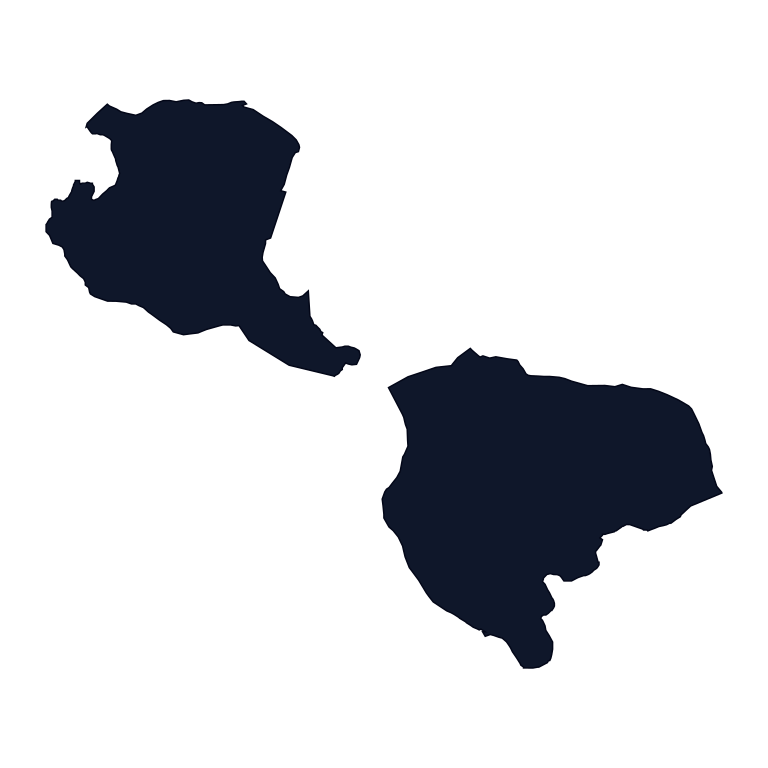 outline of Assuit, Asyut, Egypt
{"feature_id": "37247803B81923803494172", "entity_name": "Assuit", "entity_type": "district", "adm_level": 2, "iso_a3": "EGY", "parent_name": "Egypt", "parent_adm1": "Asyut", "projection": "robinson", "projection_center": [31.15, 27.164], "detail": "fine", "context": "isolated", "style": "filled", "palette": "ink", "viewbox_px": 768, "rotation_deg": 0, "n_neighbors": 0, "source": "geoboundaries", "source_scale": "gbopen_adm2", "svg_char_len": 6040}
<svg xmlns="http://www.w3.org/2000/svg" viewBox="0 0 768 768"><path d="M721.9,493.0L721.7,492.3L716.7,486.3L713.6,476.8L711.5,470.3L712.3,466.4L710.9,460.0L710.4,454.3L709.5,449.6L708.3,447.0L705.7,443.5L704.9,440.1L703.6,435.8L701.9,432.3L698.8,423.7L694.2,414.2L691.6,409.0L688.7,406.0L678.6,400.1L671.4,396.7L666.8,394.6L658.5,391.3L650.6,388.8L643.1,388.9L631.1,387.3L622.3,384.4L614.9,386.7L604.9,385.5L587.7,385.7L571.6,381.2L564.8,378.6L559.2,377.3L549.8,376.5L544.1,376.5L538.0,376.1L531.0,375.8L528.2,375.3L526.0,373.9L523.1,368.8L519.7,364.9L518.1,361.6L516.8,360.1L507.2,358.8L495.8,356.8L489.7,358.1L482.9,355.9L480.0,357.1L477.8,355.3L472.1,350.3L470.3,348.4L457.7,357.7L452.3,364.4L451.4,365.7L438.4,367.1L435.9,367.4L435.0,367.7L422.7,371.9L408.0,376.8L396.1,383.4L388.5,387.6L402.4,414.2L403.8,417.4L404.6,421.0L405.5,424.6L407.2,429.1L407.6,440.2L408.0,446.2L406.4,449.8L404.5,454.2L402.8,456.9L402.0,461.4L400.2,471.3L396.8,477.6L392.5,483.0L389.1,487.5L386.5,489.2L384.8,491.9L382.2,499.1L383.0,505.4L383.9,514.4L383.9,518.0L384.9,519.8L389.0,527.0L393.2,530.6L398.3,537.0L402.6,546.0L403.4,549.6L405.1,556.8L409.3,567.6L411.9,571.0L412.7,572.1L418.7,580.2L426.3,592.8L428.9,596.4L433.2,601.9L440.0,606.4L446.8,610.9L451.1,612.7L454.0,614.3L458.7,617.3L459.6,618.2L465.6,621.8L466.4,622.7L470.7,625.4L473.2,627.2L477.5,629.0L479.2,629.9L480.9,629.1L485.2,631.8L482.6,631.8L485.2,636.3L490.3,634.5L493.7,635.4L498.8,637.2L502.2,638.1L506.5,641.8L509.0,645.4L510.7,648.1L512.4,651.7L516.7,658.0L518.4,660.7L520.1,663.4L520.9,665.2L523.5,667.0L523.5,667.9L532.9,668.0L537.9,667.1L538.9,667.1L547.4,662.6L548.3,660.8L549.8,660.5L550.8,658.2L551.7,654.6L552.6,649.2L552.6,642.0L549.2,635.7L545.8,630.3L545.0,625.8L543.3,622.1L542.4,620.3L540.7,618.5L541.6,615.8L542.4,615.9L543.3,615.0L545.0,615.0L545.9,615.0L548.4,613.2L549.3,612.3L551.0,610.5L551.8,610.5L553.6,607.8L554.4,606.0L554.4,603.3L553.6,600.6L552.7,598.8L551.9,597.9L550.2,594.3L549.3,592.5L547.6,589.8L545.5,585.3L545.1,584.4L544.3,583.5L542.5,581.7L543.4,579.0L543.4,578.1L546.0,575.4L546.8,574.5L550.3,573.6L553.7,574.5L557.1,574.6L559.7,575.5L561.4,577.3L563.9,580.9L569.9,580.9L571.6,580.9L573.3,580.0L575.0,579.1L576.7,578.2L578.4,577.4L581.0,576.5L583.6,575.6L585.3,575.6L587.8,574.7L589.6,573.8L592.1,572.0L593.8,570.2L596.4,568.5L597.3,567.6L599.0,564.9L599.0,562.2L598.1,562.2L596.4,555.9L595.6,553.2L595.6,551.4L596.5,550.5L599.9,546.0L600.8,545.1L602.5,539.7L599.9,537.9L602.5,535.2L602.5,534.3L605.1,534.3L607.5,533.5L614.5,531.7L615.3,530.8L616.2,530.8L618.7,529.0L621.3,527.2L622.2,526.3L623.0,526.3L624.7,525.4L626.4,524.5L629.0,524.6L629.9,524.6L632.4,525.5L635.0,526.4L637.5,527.3L640.1,528.2L642.7,529.1L643.5,530.0L646.9,530.0L647.8,530.9L652.1,529.2L654.6,528.3L658.9,526.5L663.2,525.6L666.6,524.7L670.0,523.0L670.8,523.3L673.5,521.3L676.0,519.4L680.3,516.7L681.1,514.8L684.7,511.5L685.6,510.6L687.9,508.5L688.8,507.7L690.6,506.0L721.9,493.0ZM308.3,290.9L302.8,295.9L298.5,297.4L290.1,296.7L285.2,294.0L283.7,291.6L279.6,288.7L278.1,284.2L275.2,277.9L270.2,272.6L266.7,267.2L262.5,260.9L262.2,257.3L263.0,252.5L265.5,243.7L265.6,239.9L270.6,238.0L285.8,192.1L280.7,190.7L280.8,190.5L284.2,184.4L286.7,175.0L289.4,167.4L292.2,157.5L295.3,152.6L298.4,151.6L299.5,147.4L298.9,144.7L296.2,139.9L291.8,135.5L281.1,127.5L272.9,121.9L263.3,116.3L253.2,109.6L245.9,107.6L243.9,107.0L242.4,105.5L246.5,103.9L244.1,101.3L241.5,101.3L239.2,101.6L233.7,102.0L231.4,102.4L227.7,103.9L223.7,104.6L218.8,104.7L211.9,104.8L204.7,104.9L201.8,102.8L199.2,102.6L196.0,103.2L192.0,101.8L188.8,100.0L183.6,100.3L176.2,101.8L169.5,100.5L163.4,100.6L158.2,102.4L153.1,104.9L146.7,109.0L141.9,113.1L135.8,115.3L127.0,113.4L120.9,111.8L116.7,109.2L109.4,106.0L107.3,104.2L97.4,113.2L87.2,123.3L86.1,127.1L87.0,126.6L88.9,129.4L90.0,131.0L91.3,132.7L92.5,133.8L93.3,133.8L94.2,133.8L95.5,133.8L97.0,133.5L100.2,134.7L102.7,134.7L104.1,135.2L108.5,137.8L109.9,138.7L111.7,140.6L111.6,141.9L111.3,144.6L111.3,148.2L111.3,149.1L111.6,150.4L112.4,151.6L113.6,154.5L114.8,157.2L115.5,158.7L115.8,160.8L116.5,163.0L117.2,165.4L118.1,167.2L119.7,173.5L118.9,175.3L118.9,176.2L118.0,177.9L117.2,180.6L115.4,185.1L113.7,186.0L109.5,187.8L107.7,189.6L106.9,190.5L102.6,194.1L99.2,197.7L98.3,198.6L95.7,199.5L94.0,200.4L91.5,199.4L91.5,196.7L93.2,193.2L94.1,191.4L94.1,189.6L94.1,188.7L94.1,186.9L92.4,184.2L92.4,183.3L90.6,183.3L89.1,182.8L87.2,182.3L85.3,183.2L82.1,183.2L80.4,184.1L79.5,182.3L79.5,180.5L77.0,180.5L75.3,180.5L75.3,181.4L73.5,185.0L73.5,185.9L72.7,187.7L71.8,190.4L71.8,191.3L69.2,195.8L68.4,197.6L66.7,198.5L65.0,200.3L63.2,201.2L61.5,201.1L60.7,200.2L58.1,200.2L57.3,199.3L55.6,199.3L54.7,199.3L53.0,201.1L52.1,201.1L51.5,201.8L51.3,204.7L51.3,207.4L52.1,211.0L52.1,212.8L52.1,216.4L52.1,217.3L49.5,219.1L47.8,221.8L46.9,223.6L46.1,224.5L46.1,226.3L46.1,228.1L46.1,231.7L49.5,235.3L50.3,237.1L52.9,243.4L58.9,245.2L62.3,247.0L64.0,249.7L64.8,254.2L64.8,256.0L67.4,259.6L68.3,261.4L69.1,263.2L70.8,266.8L72.5,268.6L77.6,273.2L79.3,275.0L80.2,275.9L83.6,278.6L84.6,280.6L85.3,282.2L85.3,285.0L88.7,287.6L89.6,292.1L90.4,293.9L94.7,296.6L99.8,298.4L107.5,301.1L116.0,301.2L126.3,302.1L131.4,303.9L134.0,303.9L135.7,303.9L139.1,305.7L143.4,307.5L148.5,312.1L151.1,313.9L154.9,316.7L159.6,320.2L166.4,324.7L170.7,328.3L173.3,331.9L183.5,334.7L190.4,333.8L198.0,332.9L202.3,331.1L206.6,329.4L219.4,325.8L222.9,324.9L230.5,324.9L235.7,325.9L239.0,325.6L249.0,340.5L289.1,365.2L333.1,375.8L334.4,376.3L335.2,375.4L337.6,374.2L338.9,373.2L340.3,370.9L342.3,369.5L342.2,367.8L344.1,365.1L345.6,363.0L348.3,364.0L351.8,364.8L353.7,364.6L356.5,364.3L358.3,360.5L359.5,357.9L359.8,356.9L360.2,354.8L359.5,352.5L359.0,350.7L356.0,348.9L354.3,348.0L351.8,347.4L350.9,347.2L348.3,346.2L344.9,346.2L342.3,347.0L339.8,347.3L335.9,347.8L322.0,335.1L322.5,333.4L322.7,332.6L321.0,331.7L320.2,330.2L319.8,329.3L319.0,328.5L317.6,327.1L315.9,325.3L313.8,324.7L313.1,322.7L312.5,320.9L311.4,318.6L309.9,316.3L308.3,290.9Z" fill="#0f172a" stroke="#020617" stroke-width="1.5"/></svg>